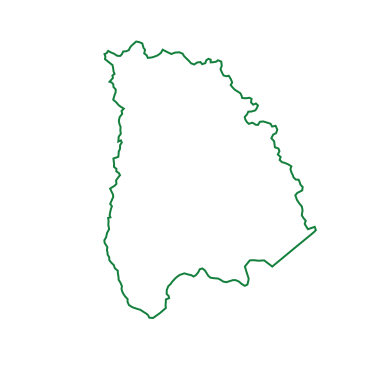 Joselândia, Maranhão, Brazil, rotated 290°
{"feature_id": "56859067B10532141445233", "entity_name": "Joselândia", "entity_type": "district", "adm_level": 2, "iso_a3": "BRA", "parent_name": "Brazil", "parent_adm1": "Maranhão", "projection": "albers", "projection_center": [-44.747, -5.02], "detail": "fine", "context": "isolated", "style": "outline", "palette": "green", "viewbox_px": 384, "rotation_deg": 290, "n_neighbors": 0, "source": "geoboundaries", "source_scale": "gbopen_adm2", "svg_char_len": 3562}
<svg xmlns="http://www.w3.org/2000/svg" viewBox="0 0 384 384"><g transform="rotate(290 192 192)"><path d="M198.6,321.4L201.2,319.2L199.0,316.5L196.7,313.7L198.4,311.4L200.6,308.8L203.9,308.7L205.6,305.7L207.6,303.2L209.8,302.7L212.5,302.2L215.9,300.2L218.2,296.4L220.5,293.3L224.3,290.2L227.2,291.3L228.9,292.9L231.2,295.0L234.5,294.3L236.0,291.4L238.0,289.9L240.0,288.0L239.2,285.3L240.4,282.5L242.6,280.7L244.1,279.0L247.1,276.7L250.1,276.6L250.9,272.8L251.1,269.3L250.8,266.4L252.1,263.4L255.2,263.3L256.6,259.8L260.3,260.2L262.4,258.4L262.4,254.6L267.8,251.8L269.6,248.2L273.6,248.6L276.1,250.9L279.8,250.8L282.8,247.9L280.9,244.9L283.0,242.4L282.9,239.5L282.7,234.9L281.2,231.8L277.6,231.0L277.0,228.8L277.8,225.1L275.5,222.1L276.5,219.6L278.5,217.2L280.5,215.9L283.9,217.2L286.7,217.4L288.1,220.6L290.4,223.6L292.8,224.2L295.9,224.4L297.0,221.8L295.0,219.6L296.4,216.8L299.9,216.1L300.2,213.7L298.6,210.8L297.5,207.1L299.6,205.5L301.4,203.5L302.1,200.2L302.8,197.1L304.1,194.5L305.7,191.8L308.7,192.3L311.4,189.8L313.8,186.8L312.6,184.9L312.3,181.8L314.4,179.4L317.2,176.8L320.8,176.8L324.5,174.9L324.7,171.4L322.7,170.1L321.3,167.7L320.2,165.2L322.7,164.3L322.8,161.9L320.7,160.4L317.6,160.4L315.6,157.8L317.0,155.6L315.5,152.6L312.6,150.5L312.6,147.1L314.2,144.2L315.4,141.4L316.9,138.2L318.8,135.8L318.9,132.2L317.2,128.4L314.6,125.4L314.9,122.2L315.3,118.5L315.7,115.8L312.1,115.2L308.9,113.2L307.1,111.3L304.8,108.4L302.9,104.6L305.0,102.6L305.9,99.7L309.6,99.2L310.9,97.1L314.6,94.5L314.8,91.0L314.3,88.1L311.2,86.4L308.6,85.0L306.2,84.3L303.7,84.1L301.7,82.0L300.5,79.3L297.4,79.0L295.3,78.0L294.4,75.1L295.3,71.3L295.4,68.3L295.9,64.9L293.2,64.3L291.7,62.6L289.6,64.3L287.1,64.8L285.8,68.7L284.8,71.6L284.1,73.9L281.1,75.7L278.4,77.1L276.5,78.8L274.2,77.4L272.1,78.7L267.4,76.8L267.4,79.1L266.3,81.2L263.8,82.3L262.3,85.2L259.9,86.1L255.8,86.1L251.8,86.4L250.3,90.2L248.4,93.6L247.6,96.5L247.0,99.4L244.0,98.1L241.6,99.7L237.7,98.4L233.9,98.9L230.7,100.8L228.8,102.6L225.7,103.5L222.2,105.2L219.0,104.2L214.2,105.5L216.2,107.5L214.5,109.1L211.4,108.4L208.0,109.6L205.0,109.3L202.4,110.1L199.8,110.7L198.3,108.8L196.6,106.7L193.5,108.3L191.4,109.3L188.9,110.1L187.9,113.1L185.5,113.8L184.9,116.6L183.2,118.6L180.2,117.6L176.9,116.7L173.8,118.2L171.3,117.1L169.2,115.4L167.2,113.9L165.1,116.0L162.9,118.3L160.5,119.7L156.5,119.4L152.8,119.2L151.3,121.6L148.6,121.6L145.8,121.9L142.1,122.5L140.3,124.0L139.0,122.0L136.5,123.4L132.5,124.6L128.8,126.8L124.3,126.2L119.9,126.8L116.8,126.1L114.3,127.3L112.8,129.3L111.1,131.4L108.4,131.9L106.4,133.2L104.2,134.2L102.5,136.4L99.6,137.7L98.0,140.3L96.5,143.6L93.9,145.6L92.7,149.1L90.0,150.3L87.2,151.9L84.4,153.1L82.4,155.7L79.5,158.4L76.8,158.9L74.6,160.5L72.7,162.5L70.9,165.0L69.4,168.1L66.7,169.0L64.2,171.4L63.3,175.5L63.4,179.3L63.6,183.9L62.6,188.1L62.1,190.7L61.2,192.9L59.3,194.9L60.3,198.5L63.5,200.7L67.1,203.2L69.4,204.5L74.1,207.1L76.2,206.0L79.8,205.0L82.1,204.2L84.4,206.8L86.4,205.5L87.5,203.1L91.2,201.8L95.3,201.9L98.1,203.3L101.5,204.3L104.6,205.6L107.1,206.9L109.9,208.9L112.9,212.6L113.2,216.7L113.6,219.7L113.1,222.4L115.2,224.1L118.5,225.3L122.1,225.7L123.7,227.9L122.8,230.8L121.0,233.2L118.8,236.0L117.8,238.6L118.4,241.7L119.6,246.1L119.3,248.7L118.5,252.0L119.0,255.1L121.4,258.3L123.2,260.6L124.1,263.2L123.9,266.7L122.6,270.0L121.9,273.7L123.9,275.7L127.5,275.4L130.1,274.8L136.0,270.2L140.1,267.2L147.5,269.7L148.8,272.7L149.5,275.2L150.3,278.4L151.3,280.5L152.4,283.3L149.4,292.9L173.6,307.1L196.3,320.5L198.6,321.4Z" fill="none" stroke="#15803d" stroke-width="2"/></g></svg>